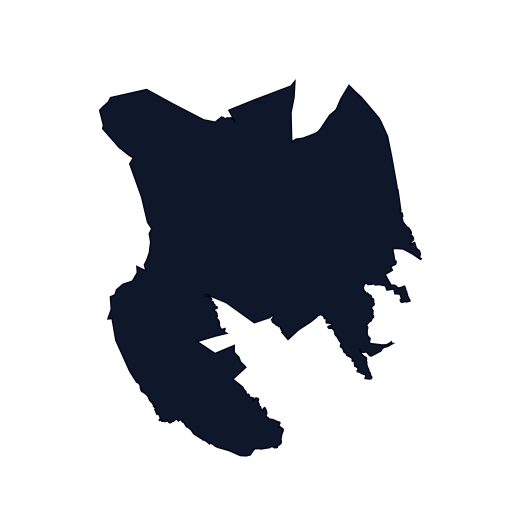 Cuernavaca, Morelos, Mexico, rotated 345°
{"feature_id": "50627088B36479670191583", "entity_name": "Cuernavaca", "entity_type": "district", "adm_level": 2, "iso_a3": "MEX", "parent_name": "Mexico", "parent_adm1": "Morelos", "projection": "orthographic", "projection_center": [-99.236, 18.933], "detail": "fine", "context": "isolated", "style": "filled", "palette": "ink", "viewbox_px": 512, "rotation_deg": 345, "n_neighbors": 0, "source": "geoboundaries", "source_scale": "gbopen_adm2", "svg_char_len": 6158}
<svg xmlns="http://www.w3.org/2000/svg" viewBox="0 0 512 512"><g transform="rotate(345 256 256)"><path d="M96.7,278.4L100.8,279.2L98.8,301.2L104.2,334.4L108.0,346.8L109.8,348.6L110.5,350.7L110.9,352.4L110.3,352.6L110.2,354.3L110.5,355.2L110.2,355.6L110.3,356.3L110.8,357.4L111.2,357.0L112.5,359.2L113.0,359.1L113.3,360.2L114.9,362.6L115.4,363.8L116.0,368.0L117.7,371.0L118.2,372.5L118.6,374.4L118.2,374.5L118.9,376.1L119.8,376.6L119.6,377.4L118.5,378.2L119.4,380.9L119.0,380.9L119.3,383.2L120.9,382.9L120.8,384.1L121.5,384.8L121.7,385.6L121.4,386.4L121.9,387.3L121.4,388.4L120.3,389.1L120.2,389.8L121.7,389.6L122.2,391.2L124.6,391.9L125.4,392.5L127.9,392.3L129.0,394.4L130.2,394.9L133.6,393.7L133.7,394.2L135.2,393.4L137.2,392.9L138.4,395.2L140.1,394.5L141.3,395.1L142.0,397.1L143.5,398.5L144.5,402.6L146.9,405.0L148.4,407.3L150.0,411.8L155.8,418.0L156.1,418.0L157.2,420.0L157.8,419.8L159.0,420.9L161.1,423.4L162.1,424.8L162.4,426.0L162.6,424.9L163.5,424.2L164.2,424.8L164.0,425.1L166.0,427.0L166.8,428.5L169.2,430.7L179.4,436.8L189.1,444.6L194.8,446.5L199.0,446.6L203.5,442.7L205.7,441.7L206.7,442.4L207.4,442.2L211.1,443.7L219.5,444.6L220.1,444.2L222.1,444.3L224.6,445.7L223.7,446.1L225.3,446.0L225.9,446.4L227.0,446.3L227.1,445.4L231.3,443.6L232.0,442.8L232.5,441.5L232.5,439.8L234.8,434.7L237.1,431.7L237.3,430.1L234.5,426.7L233.9,427.1L233.5,426.8L235.9,423.4L235.7,422.7L232.9,420.9L229.9,418.3L227.3,417.3L226.0,416.4L225.6,415.8L225.9,415.5L224.2,413.6L224.3,412.8L225.8,410.5L225.8,407.1L225.2,404.7L223.6,405.3L223.1,407.0L222.3,407.0L221.3,405.6L221.2,402.7L219.9,401.1L220.6,400.1L220.1,397.3L221.3,395.2L221.2,394.3L219.3,393.1L216.6,395.1L215.8,394.5L217.0,392.7L213.4,390.6L213.3,388.4L213.0,387.6L211.8,387.5L210.7,386.5L211.2,384.8L209.6,381.4L209.3,379.3L201.7,369.0L217.4,360.8L213.6,354.2L213.2,349.2L210.0,343.4L211.8,336.8L191.2,339.6L176.9,323.4L196.0,322.8L207.7,323.1L206.4,321.8L206.0,320.8L206.3,319.5L207.2,318.8L207.2,318.0L204.7,318.2L203.4,317.6L203.0,316.4L202.5,313.6L203.2,311.7L203.4,309.5L202.7,307.3L201.4,305.3L202.9,304.5L203.2,303.0L203.2,300.2L201.7,298.1L202.1,296.3L204.0,296.5L205.2,296.0L205.0,294.8L203.8,294.5L203.4,293.6L203.6,292.5L202.8,292.0L202.7,289.2L201.0,288.1L200.7,287.1L202.0,286.3L201.9,285.5L200.3,283.4L198.5,282.1L196.8,281.4L196.1,280.6L197.2,279.8L198.0,280.0L215.5,293.6L237.1,320.0L253.3,319.0L256.6,317.3L257.1,318.6L256.9,319.2L256.1,320.4L254.5,321.7L254.9,322.1L254.9,324.2L256.9,326.4L257.6,327.9L258.8,328.3L259.6,330.0L261.5,330.8L261.0,332.3L262.1,333.3L261.3,333.9L262.4,335.0L262.5,335.8L261.3,336.2L265.3,344.9L278.1,338.2L291.4,333.9L299.0,330.6L299.8,329.6L303.3,329.3L303.9,329.6L305.8,331.6L305.9,333.9L306.1,334.2L307.4,334.5L307.6,335.5L306.6,338.3L306.8,338.8L310.4,340.2L311.3,340.9L311.6,341.7L311.4,342.4L307.6,342.7L307.1,343.4L307.8,344.8L310.7,345.4L311.9,347.6L312.3,349.1L312.1,352.1L312.4,353.3L313.3,354.6L314.4,359.0L315.7,362.2L314.2,364.8L314.3,365.8L315.9,367.6L316.2,371.7L318.0,373.6L318.0,375.4L321.9,378.9L322.5,380.6L321.8,381.9L321.9,382.5L323.2,382.6L323.7,383.3L322.9,387.9L325.2,390.0L325.5,391.3L325.1,392.3L324.0,393.0L324.0,393.9L326.0,395.0L327.6,396.8L331.1,399.2L331.3,400.5L330.1,401.6L329.7,402.5L334.2,404.3L335.5,404.3L336.3,403.6L336.4,402.5L335.8,401.1L336.0,398.5L335.1,396.4L335.5,395.0L334.8,391.7L335.0,388.8L335.5,387.1L335.3,385.4L336.1,384.2L336.2,382.9L333.3,379.5L332.1,375.9L332.1,373.6L332.7,374.2L333.0,375.6L334.0,376.4L335.9,377.1L337.3,376.9L337.8,377.2L339.4,380.2L340.0,380.5L339.8,381.4L340.9,382.2L341.7,382.4L352.1,380.0L354.1,378.1L355.7,377.4L359.9,377.4L365.5,375.9L364.8,375.7L364.4,373.9L363.2,374.6L359.1,375.6L354.8,374.6L344.6,370.5L343.3,369.7L343.2,368.5L344.9,365.3L343.4,362.4L343.1,360.5L344.1,356.5L345.4,354.1L344.9,351.4L348.0,349.1L350.4,348.4L351.8,346.6L353.8,345.3L354.0,344.1L353.6,343.6L353.5,342.6L354.1,341.6L354.3,340.2L354.9,339.3L354.0,336.0L354.8,334.9L357.3,333.8L357.8,332.7L357.6,331.7L358.3,328.1L356.6,326.4L356.9,325.4L356.8,324.0L355.1,322.6L354.0,320.6L353.0,320.7L352.5,320.0L352.5,319.2L352.0,318.5L351.3,316.9L351.4,314.3L352.7,312.2L354.0,311.1L354.6,310.2L354.5,309.8L355.2,309.3L355.7,309.7L355.7,310.9L356.9,312.6L360.9,313.3L362.8,313.2L363.6,314.8L367.8,315.5L373.3,318.3L373.7,322.8L380.6,323.5L380.4,328.4L385.2,330.0L385.5,335.0L385.0,335.5L384.2,335.4L383.9,336.8L383.9,337.5L385.0,337.7L385.0,338.6L388.6,338.6L389.4,339.3L392.9,339.4L393.2,339.1L391.9,332.9L392.3,332.4L392.0,330.6L392.2,329.4L391.7,329.1L392.0,327.3L391.7,323.7L390.7,323.5L389.6,323.9L385.0,323.9L383.2,321.0L382.1,320.0L378.9,319.2L375.9,307.2L383.9,305.1L384.1,304.9L383.2,301.2L388.8,300.0L390.0,297.6L389.1,297.3L388.9,294.0L389.3,291.4L389.8,284.2L391.6,284.8L391.7,284.4L399.9,287.2L407.6,294.4L414.1,301.9L414.9,301.4L413.5,299.8L415.3,296.5L415.1,293.4L414.8,292.6L413.6,291.3L412.8,289.3L412.7,284.0L408.3,284.7L408.3,283.3L409.2,283.2L409.2,282.1L411.6,281.7L412.1,280.2L412.6,280.2L412.6,279.2L412.3,277.3L411.4,276.6L411.0,275.5L412.0,274.0L412.1,272.9L411.6,270.8L410.7,268.4L409.5,267.2L408.4,265.2L406.7,260.8L407.1,255.5L408.0,255.5L408.2,252.3L407.0,252.0L407.2,248.9L407.7,249.0L410.2,228.7L409.6,228.6L410.2,224.6L412.8,194.0L414.0,174.4L411.4,158.6L410.3,154.3L399.1,130.5L394.3,122.9L390.0,115.3L378.6,126.3L371.6,135.1L369.8,136.3L363.8,139.0L351.0,150.2L347.4,152.4L342.8,153.3L331.5,154.4L325.0,153.5L320.2,155.0L320.9,151.3L326.9,126.6L333.8,112.5L338.8,97.3L333.8,100.9L294.2,104.9L267.5,108.2L270.4,119.8L270.3,120.3L270.1,120.4L270.3,119.8L269.3,118.4L269.4,117.4L268.1,117.2L267.7,116.0L265.2,116.0L265.1,115.6L264.1,115.1L262.4,115.5L261.5,115.4L260.1,113.7L259.4,114.1L258.6,113.8L258.7,112.9L250.9,116.3L249.9,115.5L240.7,111.0L214.1,86.7L193.4,66.9L156.5,65.4L153.2,69.1L147.2,72.1L143.1,74.5L142.7,75.2L142.5,90.3L140.9,93.3L151.9,115.7L159.7,126.1L163.0,129.4L157.9,134.3L160.8,169.6L160.0,195.3L162.4,202.8L158.7,206.8L157.9,215.2L153.9,225.1L149.6,231.5L146.0,235.5L145.8,242.0L138.2,235.3L137.1,241.4L131.1,247.4L129.4,248.4L120.2,248.9L112.6,252.5L109.7,257.0L104.8,257.8L102.4,270.1L96.7,278.4Z" fill="#0f172a" stroke="#020617" stroke-width="1.5"/></g></svg>